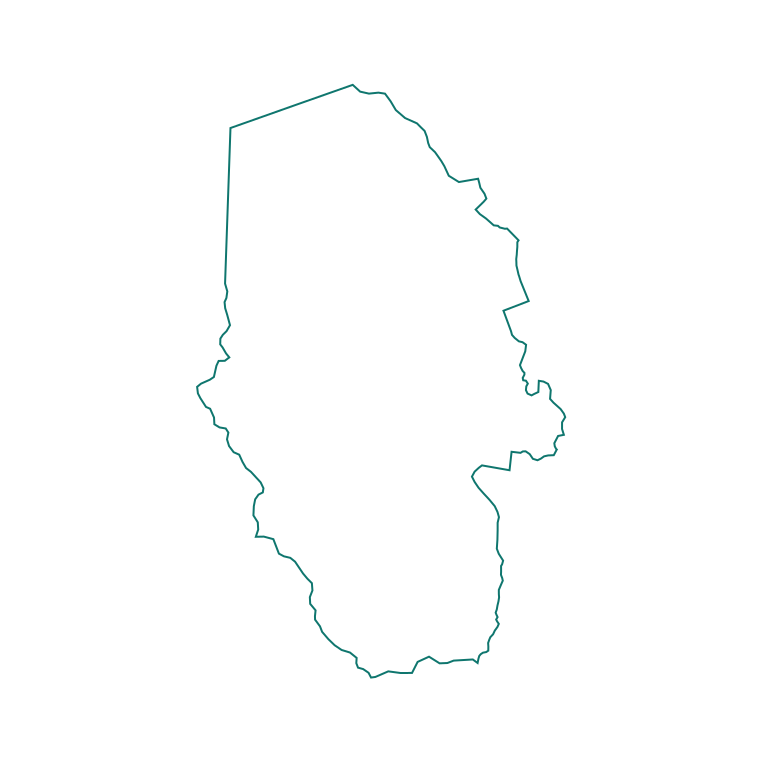 Ulu Langat, Selangor, Malaysia, rotated 159°
{"feature_id": "92858781B61799260862057", "entity_name": "Ulu Langat", "entity_type": "district", "adm_level": 2, "iso_a3": "MYS", "parent_name": "Malaysia", "parent_adm1": "Selangor", "projection": "albers", "projection_center": [101.834, 3.073], "detail": "fine", "context": "isolated", "style": "outline", "palette": "teal", "viewbox_px": 768, "rotation_deg": 159, "n_neighbors": 0, "source": "geoboundaries", "source_scale": "gbopen_adm2", "svg_char_len": 3073}
<svg xmlns="http://www.w3.org/2000/svg" viewBox="0 0 768 768"><g transform="rotate(159 384 384)"><path d="M396.6,90.0L394.2,93.8L392.5,96.0L390.5,97.1L387.9,97.7L384.6,97.1L382.2,97.7L380.7,101.4L379.6,104.9L377.4,107.5L375.5,109.5L371.8,111.3L368.9,114.1L365.2,116.5L362.8,118.9L363.5,122.0L363.7,123.9L361.5,125.7L361.7,128.3L361.7,130.5L359.5,133.1L357.4,136.6L355.0,140.1L353.0,143.6L352.1,146.6L350.6,150.6L348.8,152.5L346.0,155.4L343.6,157.8L343.2,160.4L343.2,163.9L341.9,166.9L339.9,172.2L338.4,173.3L336.1,176.4L337.7,184.4L337.7,189.8L334.0,197.8L330.3,206.8L327.6,213.8L324.4,218.5L323.9,223.9L324.4,230.3L327.1,238.3L330.3,246.3L332.9,253.2L334.5,260.1L335.1,266.0L330.8,269.7L325.5,271.8L321.7,272.9L297.7,258.5L289.2,275.0L281.2,270.8L278.6,271.3L275.9,270.4L273.1,266.3L271.8,260.8L268.0,257.8L264.3,258.1L260.5,259.1L256.4,258.5L251.0,256.7L246.2,260.9L246.5,261.2L246.9,264.6L246.2,267.7L242.8,270.7L240.1,273.1L234.3,272.1L233.9,278.2L231.5,284.4L226.7,288.1L226.7,291.9L228.1,297.3L230.2,301.4L232.5,305.9L234.3,310.6L231.2,317.1L230.5,318.5L230.8,325.3L234.2,329.1L238.3,331.5L242.8,321.2L247.2,320.9L250.3,320.5L253.4,323.6L253.7,327.4L252.0,330.8L249.6,332.8L250.3,336.2L252.7,337.6L252.3,340.0L249.6,342.4L248.9,344.1L249.9,346.5L250.3,349.9L250.3,352.9L240.4,363.9L237.3,369.7L239.7,373.4L242.8,375.5L244.1,377.8L245.5,380.2L246.9,384.0L246.5,387.7L246.2,409.6L219.2,409.6L219.6,431.1L219.2,436.5L219.2,437.9L218.5,442.7L217.9,447.1L216.8,450.2L215.8,453.2L213.8,457.0L212.1,460.7L210.4,464.2L208.7,468.6L206.9,469.9L213.4,485.0L215.5,485.6L219.9,488.7L220.9,490.8L224.7,492.8L229.5,502.0L233.6,508.2L235.9,514.0L225.7,518.4L222.0,520.4L222.0,525.6L223.7,532.7L223.0,537.8L222.6,541.9L241.7,545.7L248.9,555.2L249.6,565.8L250.6,571.6L252.3,578.4L253.3,582.2L256.4,588.7L256.4,593.1L255.4,599.3L255.4,605.7L257.8,610.9L259.8,615.5L269.0,624.7L274.8,635.5L276.5,645.5L279.0,654.7L284.8,658.0L294.0,660.5L301.5,665.5L306.0,674.5L360.0,676.0L367.3,676.2L435.6,678.0L496.4,534.7L497.1,526.6L500.3,520.8L503.5,517.6L505.1,511.7L505.6,504.8L506.7,494.1L512.0,489.8L516.8,487.7L520.5,485.0L522.7,479.7L521.6,476.0L520.5,469.1L518.9,464.3L524.3,462.7L530.1,464.8L533.9,461.1L540.3,451.5L545.1,450.4L554.7,449.9L559.5,448.3L561.1,441.9L560.5,436.5L558.4,426.4L555.2,423.2L554.7,413.6L556.8,407.2L553.1,402.4L547.7,399.2L546.7,394.4L550.4,388.6L550.9,381.6L548.8,374.2L544.5,369.9L544.0,361.9L542.9,355.0L539.7,349.7L534.4,336.3L533.9,329.9L536.0,326.2L540.8,325.7L545.6,322.5L549.3,316.6L553.0,308.1L551.4,300.1L553.6,293.2L558.4,287.3L550.9,284.6L542.9,278.8L542.9,270.8L542.9,263.3L539.2,259.0L533.8,255.3L530.7,250.0L527.5,236.1L525.3,229.7L522.7,223.9L524.8,216.9L529.6,211.6L531.7,205.2L529.0,197.2L531.7,191.9L532.8,188.7L530.6,180.7L530.6,174.8L527.4,165.8L523.7,157.8L518.9,150.9L512.0,145.5L507.7,138.1L509.9,133.3L509.9,128.5L505.6,125.3L501.9,119.9L501.3,114.6L497.1,113.6L483.0,114.2L472.2,108.3L461.4,104.2L452.2,112.5L439.7,113.3L432.2,103.3L424.8,100.8L418.1,100.8L399.8,95.0L396.6,90.0Z" fill="none" stroke="#0f766e" stroke-width="2"/></g></svg>